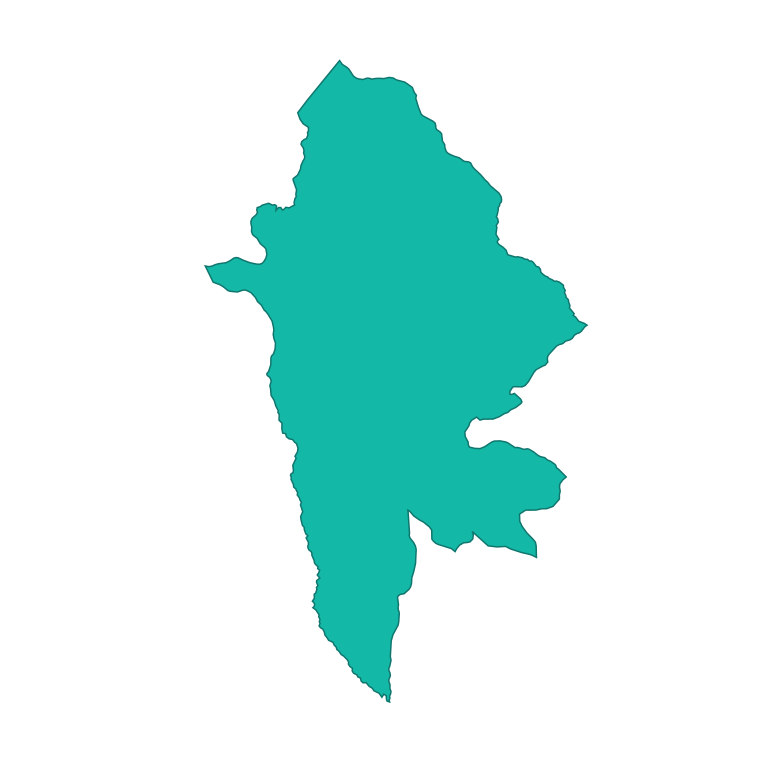 Santa Carmem, Mato Grosso, Brazil, rotated 98°
{"feature_id": "56859067B7371104164998", "entity_name": "Santa Carmem", "entity_type": "district", "adm_level": 2, "iso_a3": "BRA", "parent_name": "Brazil", "parent_adm1": "Mato Grosso", "projection": "natural_earth1", "projection_center": [-54.837, -11.947], "detail": "fine", "context": "isolated", "style": "filled", "palette": "teal", "viewbox_px": 768, "rotation_deg": 98, "n_neighbors": 0, "source": "geoboundaries", "source_scale": "gbopen_adm2", "svg_char_len": 6148}
<svg xmlns="http://www.w3.org/2000/svg" viewBox="0 0 768 768"><g transform="rotate(98 384 384)"><path d="M261.2,220.1L258.7,224.4L258.1,227.4L258.5,229.6L257.3,232.2L256.5,235.1L255.2,236.9L254.6,239.5L252.5,243.0L251.1,244.4L248.7,245.1L246.6,247.1L246.4,249.5L242.9,253.0L241.7,255.0L242.0,257.0L240.6,259.3L240.8,261.9L239.7,264.6L239.4,269.4L240.0,271.4L238.8,279.4L234.4,281.8L231.8,285.5L229.9,289.6L227.7,291.7L226.1,291.3L224.8,290.3L220.1,294.0L213.4,294.0L211.2,294.9L207.8,293.3L204.4,294.5L202.5,296.1L200.6,295.4L195.1,295.1L193.5,295.5L191.3,294.4L189.5,294.5L187.4,293.2L185.1,293.2L182.2,294.1L179.0,296.7L172.9,306.3L169.8,309.4L168.0,312.1L163.4,317.3L158.8,323.9L156.5,326.6L153.0,329.0L152.3,331.1L152.3,335.8L149.5,341.0L148.8,345.7L147.3,351.1L146.3,353.3L144.8,354.9L141.2,356.7L138.5,357.2L135.3,359.9L128.2,361.8L126.6,363.5L124.7,367.3L123.0,368.4L121.0,368.7L118.5,369.7L117.0,372.0L113.0,382.9L111.4,384.9L105.0,388.5L96.7,392.3L93.6,392.1L91.2,394.5L86.4,397.2L82.2,405.3L81.1,414.2L79.7,417.4L79.7,421.6L81.6,426.7L82.0,431.6L82.7,435.2L83.8,438.3L83.3,440.8L83.5,443.4L85.4,447.2L85.4,451.7L84.9,454.2L83.3,457.2L77.2,462.5L75.6,464.8L73.3,469.8L69.9,473.0L113.5,499.4L127.4,507.2L133.6,503.9L137.6,500.2L140.3,494.6L144.0,494.0L145.6,494.8L147.9,494.0L151.9,495.0L152.9,497.0L155.3,499.1L158.1,499.6L161.6,496.7L164.1,495.7L166.4,495.8L169.8,494.1L172.5,494.3L174.1,495.2L179.1,496.6L182.8,496.6L189.3,498.7L193.2,502.5L194.9,502.3L203.9,497.6L208.4,497.7L210.8,497.0L212.9,498.0L216.8,498.3L219.2,497.5L222.8,502.5L222.7,505.9L224.6,507.0L225.8,508.8L223.6,510.8L224.0,513.1L227.0,515.1L222.6,515.2L221.6,517.1L222.4,519.2L221.1,523.4L223.8,529.4L225.9,531.7L226.9,534.1L229.5,534.2L231.7,533.2L234.1,534.1L238.4,537.7L241.3,538.4L243.6,538.1L247.0,536.8L251.5,536.4L254.0,535.1L255.2,533.8L257.3,530.0L262.2,526.1L265.4,521.1L266.8,519.7L272.0,518.0L275.8,518.5L279.3,519.9L281.3,521.3L282.7,523.7L283.0,526.8L282.6,533.3L281.1,540.4L279.4,545.8L279.3,547.7L280.2,550.2L283.5,553.8L285.9,557.3L287.9,564.5L289.3,567.7L291.4,571.2L292.2,574.1L292.0,577.4L307.0,567.3L308.5,560.4L309.9,557.0L313.2,551.5L313.6,549.3L313.3,542.0L310.6,536.6L310.3,533.6L312.0,528.5L316.2,523.4L320.1,520.6L322.9,516.5L327.5,512.9L329.0,510.7L331.1,508.6L337.2,503.6L343.3,501.3L346.1,500.6L350.4,500.6L354.6,499.2L358.4,497.2L364.4,496.7L369.4,497.6L372.0,499.3L373.8,499.6L380.7,498.8L387.6,500.0L390.2,501.5L391.8,500.8L393.2,498.3L395.1,496.8L397.2,496.1L401.5,496.8L404.8,495.6L411.0,494.2L415.5,490.5L420.9,488.0L425.2,485.0L427.0,485.1L428.5,483.6L434.5,482.9L436.9,479.6L442.6,478.9L446.7,477.5L446.8,474.5L449.9,473.2L451.5,470.4L451.7,466.8L454.1,464.4L455.3,462.3L459.4,460.3L463.1,460.2L468.0,462.1L469.6,460.7L477.2,463.0L482.1,461.7L484.4,461.7L485.7,463.4L487.5,463.9L488.9,462.9L491.3,462.8L496.1,459.7L498.6,459.1L500.3,456.6L502.1,455.7L503.3,454.4L505.9,454.5L508.5,452.0L510.8,450.9L512.6,449.4L515.3,449.9L521.8,446.7L526.8,448.1L530.2,447.2L535.3,445.1L537.2,443.0L539.2,442.7L543.2,440.6L544.9,438.3L547.2,439.7L551.1,436.9L553.3,436.5L555.1,436.9L556.9,436.5L558.9,435.1L560.1,432.8L561.9,431.8L563.6,431.6L568.2,428.8L571.1,427.8L572.9,425.8L574.0,423.9L576.1,424.0L577.2,421.8L580.3,422.5L582.4,423.5L585.1,420.6L588.0,423.3L589.8,423.2L593.0,421.3L594.8,422.6L596.5,421.9L600.5,422.5L601.9,423.9L605.8,423.1L609.1,424.7L610.3,422.9L611.9,422.1L613.9,422.1L615.4,423.3L617.1,420.1L621.7,416.1L623.5,416.3L626.1,414.6L628.4,415.0L629.9,414.0L632.6,414.6L634.2,412.9L635.2,410.6L637.5,408.8L641.0,407.4L643.4,404.8L645.5,403.2L646.9,398.6L649.6,396.9L651.1,394.8L653.5,393.7L655.0,391.3L657.9,388.7L659.0,386.1L662.1,382.1L664.2,380.3L666.3,380.3L668.6,378.3L669.9,375.7L672.5,375.6L674.6,373.9L675.8,370.3L677.7,369.2L678.4,366.5L681.3,365.3L682.8,363.2L682.3,360.1L685.5,356.6L686.9,353.2L689.1,351.4L691.0,345.7L694.5,342.5L691.2,341.0L692.4,338.4L695.6,337.8L697.6,336.8L698.1,334.2L696.3,334.9L694.4,334.4L692.2,335.0L689.8,334.3L687.4,334.3L684.7,335.8L680.9,336.2L677.8,337.8L675.9,338.0L672.0,337.1L669.2,337.9L667.0,339.3L665.1,339.6L662.4,339.0L656.5,338.6L653.1,339.8L637.3,341.1L630.9,340.2L621.0,336.5L617.8,336.3L609.6,336.9L607.5,337.4L605.5,338.5L602.9,339.0L600.7,338.9L593.0,341.0L591.4,340.1L590.0,338.4L588.9,334.9L583.9,330.7L581.2,329.5L578.0,329.0L572.0,329.5L566.1,328.5L557.3,327.8L543.4,329.1L540.0,330.4L536.9,332.6L532.8,336.9L530.4,338.0L528.6,337.9L505.6,342.7L506.4,340.9L510.8,335.8L514.0,329.2L515.1,325.9L519.2,319.1L522.1,316.4L530.9,315.0L532.8,313.2L534.5,310.6L535.3,308.2L537.6,294.4L540.1,290.3L536.5,288.9L533.0,286.7L530.2,283.1L529.4,279.6L528.3,276.8L525.1,274.5L520.4,274.6L517.8,276.1L529.8,258.3L529.6,249.4L527.9,241.0L529.7,235.8L531.7,224.6L532.4,216.7L532.9,213.6L534.5,208.9L523.1,210.8L519.5,212.1L516.9,214.9L511.5,221.9L505.8,227.4L501.2,230.4L494.0,231.7L489.2,226.2L487.7,216.1L485.5,210.0L484.9,205.7L481.7,199.6L473.6,194.3L469.1,194.9L465.7,194.6L461.5,195.9L458.3,195.9L453.9,193.5L450.7,190.6L444.3,199.0L443.0,201.4L440.5,202.7L439.4,204.2L437.2,208.6L436.6,211.4L434.6,214.5L434.1,219.1L433.3,221.5L430.3,226.6L428.3,231.6L428.3,233.6L429.1,235.5L429.1,238.0L428.5,240.2L428.3,243.0L428.7,245.5L425.0,253.2L424.4,255.8L424.2,261.3L425.2,267.0L426.8,269.6L432.2,275.7L434.6,279.8L435.1,285.2L434.6,290.7L432.1,292.2L429.8,292.6L424.8,296.2L420.3,297.3L413.6,294.1L411.0,293.8L407.7,292.2L403.9,287.7L406.4,283.9L405.0,280.8L403.5,271.1L400.4,265.4L396.6,260.7L394.9,257.4L391.9,254.9L388.9,250.3L384.4,245.8L382.6,244.9L380.1,246.4L377.3,250.4L375.2,253.6L376.6,256.0L376.5,257.9L373.9,258.3L369.3,256.2L368.5,254.6L367.6,246.8L365.8,244.0L361.6,241.3L352.0,237.4L348.6,235.3L343.9,229.0L342.9,227.0L339.4,224.9L336.8,225.7L334.1,225.8L331.4,224.6L322.3,218.3L320.3,215.5L319.6,213.5L318.2,211.7L316.4,210.4L314.4,206.0L312.7,204.0L309.3,202.3L307.3,200.1L306.1,197.7L304.6,196.1L299.4,193.1L297.5,191.1L296.1,194.0L294.8,199.9L291.0,203.6L289.8,206.1L287.9,205.5L282.9,210.9L280.4,210.8L277.5,212.4L274.9,213.2L273.0,215.6L271.0,216.3L268.2,218.1L266.2,217.5L263.3,219.7L261.2,220.1Z" fill="#14b8a6" stroke="#0f766e" stroke-width="1.5"/></g></svg>